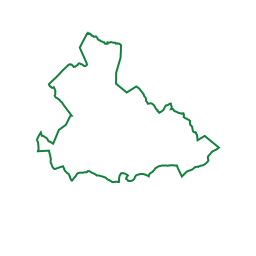 Nandi Hills, Rift Valley, Kenya, rotated 206°
{"feature_id": "3690345B43837463822996", "entity_name": "Nandi Hills", "entity_type": "district", "adm_level": 2, "iso_a3": "KEN", "parent_name": "Kenya", "parent_adm1": "Rift Valley", "projection": "orthographic", "projection_center": [35.259, 0.122], "detail": "fine", "context": "isolated", "style": "outline", "palette": "green", "viewbox_px": 256, "rotation_deg": 206, "n_neighbors": 0, "source": "geoboundaries", "source_scale": "gbopen_adm2", "svg_char_len": 5837}
<svg xmlns="http://www.w3.org/2000/svg" viewBox="0 0 256 256"><g transform="rotate(206 128 128)"><path d="M37.7,150.2L55.6,154.5L60.1,147.5L62.3,151.0L63.1,152.2L63.8,152.4L64.4,152.9L64.7,153.5L65.3,153.8L66.0,153.7L66.3,153.3L67.1,153.2L68.0,153.5L68.5,154.0L69.0,154.5L69.3,155.1L69.7,155.5L70.0,156.1L70.5,156.6L70.9,157.2L71.4,157.5L72.0,157.6L72.5,158.0L73.3,158.1L73.9,158.6L74.2,159.0L74.3,159.5L74.6,159.9L74.7,160.5L75.1,160.9L75.4,161.6L76.2,161.7L76.9,162.0L77.6,161.9L78.4,161.9L79.0,162.1L79.8,162.1L80.6,161.8L81.4,162.0L82.1,162.2L82.7,162.2L82.9,162.8L83.2,163.3L83.3,164.0L83.7,164.7L84.3,165.0L84.7,165.5L85.3,165.0L85.6,164.4L86.3,164.6L86.9,164.4L87.6,164.0L88.3,164.0L89.3,163.7L91.0,163.8L91.8,163.8L93.2,163.6L93.7,163.6L94.2,163.8L94.8,164.2L95.3,164.4L95.9,164.7L96.5,164.6L97.1,164.1L97.7,163.7L97.7,164.5L97.6,165.3L97.8,165.8L98.2,166.4L99.9,168.0L100.2,168.7L100.8,168.5L101.1,168.0L101.3,167.5L101.7,167.2L101.9,166.7L102.4,166.0L103.0,165.4L103.7,165.1L104.0,163.8L104.1,159.6L105.7,156.6L106.6,155.4L107.3,155.9L108.1,155.9L108.7,156.0L108.9,156.6L109.3,157.0L111.1,157.4L111.8,157.8L112.6,158.5L113.2,159.0L113.9,159.3L115.1,160.0L117.2,160.4L117.9,160.3L118.8,160.0L120.2,158.8L120.8,158.5L121.5,159.1L122.0,159.5L122.8,159.9L123.4,160.1L123.8,160.5L124.2,161.4L124.5,162.0L124.9,162.5L125.8,163.1L127.9,164.1L128.3,164.9L128.8,165.2L129.2,165.3L129.9,165.8L130.8,166.2L132.6,167.1L135.1,168.3L136.3,168.6L138.8,168.9L144.7,159.3L158.2,162.6L159.0,164.2L159.3,165.1L160.2,166.9L162.8,172.3L165.5,187.8L168.0,193.8L170.6,199.3L171.3,199.7L172.1,199.8L172.6,199.9L173.2,199.9L173.6,199.5L174.1,199.3L174.9,199.4L175.4,198.8L176.0,198.5L176.6,199.0L177.3,199.0L177.8,198.6L178.5,198.3L179.3,198.0L180.2,197.9L180.9,197.8L181.3,197.5L181.7,197.0L182.2,196.5L182.7,196.3L183.4,196.2L184.0,195.9L183.4,194.7L185.6,193.7L187.0,194.6L187.5,194.3L188.1,194.3L188.6,194.4L189.4,194.3L190.3,194.1L191.0,194.2L191.4,194.4L193.2,194.3L194.0,194.5L195.0,195.4L195.7,195.8L196.4,195.9L197.0,196.3L197.6,195.9L198.1,195.3L198.6,195.0L199.2,195.1L199.9,195.5L200.5,195.5L201.0,195.1L201.6,195.2L202.7,196.0L203.6,196.1L204.3,196.0L204.4,195.2L204.9,195.0L205.3,195.3L205.8,195.7L206.0,195.1L206.2,194.4L206.6,179.1L201.1,174.4L199.3,173.0L198.3,172.1L193.9,168.4L192.6,167.0L192.9,166.1L193.4,165.1L194.1,164.6L194.8,164.5L195.3,164.6L196.4,165.0L196.9,165.1L197.6,164.9L198.3,164.6L198.8,164.8L199.5,164.9L200.3,164.7L200.7,164.1L200.8,163.6L200.8,162.9L201.0,162.3L201.8,161.3L201.9,160.7L202.2,160.1L202.9,159.7L203.5,159.1L204.1,159.3L204.6,159.6L206.6,160.3L207.1,159.9L207.8,159.8L208.3,159.8L209.2,158.5L212.0,150.9L213.4,146.2L214.9,141.8L217.0,136.3L218.3,132.7L217.9,132.3L217.3,131.8L216.5,131.2L215.8,131.4L215.3,131.3L214.9,131.0L214.0,130.8L213.1,131.2L212.6,132.1L211.0,130.9L210.0,129.9L209.3,129.1L209.3,128.6L209.1,128.1L208.7,127.6L208.2,126.7L208.1,125.7L208.1,124.9L207.0,124.1L205.9,123.7L205.2,123.8L204.7,123.8L204.0,123.6L201.4,123.1L200.3,122.4L199.8,122.2L199.0,122.1L198.5,122.1L196.2,120.6L189.4,117.1L185.6,115.2L185.0,114.8L184.1,114.4L185.0,113.9L185.2,111.8L185.2,110.5L185.2,103.7L188.4,97.6L189.3,96.0L188.5,83.6L188.5,81.0L191.9,81.6L192.5,81.2L193.4,81.5L194.2,81.6L194.9,82.1L195.5,82.7L196.2,83.1L197.0,83.2L200.0,83.6L200.7,83.7L202.0,83.2L204.4,85.8L204.8,81.8L204.7,77.6L204.0,76.8L202.5,75.5L202.1,75.0L201.5,74.0L200.2,71.8L199.9,71.2L199.5,70.7L199.1,69.9L199.0,69.1L199.0,68.2L198.8,67.6L189.1,73.0L188.7,72.7L188.5,72.2L188.1,71.7L186.7,70.0L186.2,69.5L185.6,68.6L185.1,67.9L184.4,67.2L184.0,66.8L183.7,66.2L183.5,65.5L183.1,64.7L182.9,64.0L182.5,63.4L182.1,62.8L181.5,62.4L178.8,59.9L177.8,59.4L177.2,59.2L176.6,59.1L176.2,58.8L175.3,59.5L171.3,63.6L169.6,65.1L168.7,64.2L168.0,63.8L167.4,63.4L167.2,62.8L166.6,62.5L166.1,62.0L165.3,61.6L164.5,61.5L163.1,60.8L162.5,60.7L161.9,60.8L161.2,60.6L160.5,60.1L160.0,59.8L159.5,59.2L158.9,59.0L158.6,58.4L158.1,57.8L156.8,56.9L156.3,56.6L155.8,56.1L155.3,56.1L154.8,58.3L154.7,59.1L154.6,59.8L154.0,61.0L153.9,61.8L153.8,62.6L153.8,64.0L153.6,64.9L153.1,65.5L152.5,66.1L151.8,66.7L151.2,67.0L149.6,67.7L148.1,68.7L147.6,69.1L146.0,70.0L145.5,70.5L145.3,71.2L145.1,71.8L143.5,72.3L141.2,72.0L140.6,72.0L137.5,72.1L136.9,72.0L136.2,71.9L135.2,71.6L134.1,72.3L133.4,72.5L128.5,73.4L127.5,73.5L126.7,73.4L126.1,73.6L124.8,73.1L124.0,72.9L123.4,72.8L122.7,72.8L122.1,72.9L121.3,72.8L120.5,72.8L119.9,72.7L119.4,72.6L118.7,72.5L118.1,72.6L117.2,73.1L115.1,74.5L114.3,74.9L113.2,75.1L112.5,75.5L112.7,76.2L113.0,76.8L113.9,78.6L114.1,79.3L114.6,81.3L114.6,81.8L114.5,82.5L114.4,83.1L114.5,83.7L114.3,84.3L113.7,84.7L113.1,85.0L112.2,85.4L110.9,85.6L107.9,85.5L107.2,85.2L107.4,84.6L107.7,82.9L107.7,82.3L107.4,81.4L106.6,81.4L106.1,81.3L105.6,81.1L105.1,80.7L104.4,80.6L101.8,81.9L100.7,83.3L100.1,84.7L100.0,85.3L100.3,87.2L100.2,87.8L99.9,89.1L99.5,89.6L98.5,90.5L96.7,92.0L96.3,92.3L94.9,93.0L94.5,93.2L93.9,93.4L92.1,93.6L90.0,93.8L88.2,93.7L88.5,94.7L88.5,95.4L88.5,96.0L88.2,96.9L87.8,97.7L86.8,99.1L86.1,101.5L85.9,102.3L85.9,103.0L85.8,103.8L84.8,105.1L84.5,105.8L84.2,106.3L83.7,106.9L83.2,107.3L82.8,107.6L82.2,108.2L81.5,108.7L80.7,109.3L80.1,109.7L78.9,110.2L77.6,110.9L76.5,111.2L76.0,111.4L75.5,111.7L75.1,112.1L74.6,112.3L74.0,112.6L73.2,113.2L72.6,113.7L72.0,113.9L71.3,114.1L70.5,114.5L69.7,114.7L68.3,115.4L67.6,115.7L66.0,114.1L58.3,108.0L56.1,114.6L52.1,118.8L51.8,119.4L51.4,120.3L51.1,121.0L50.6,122.1L50.1,122.7L48.8,123.5L48.2,123.8L47.7,123.9L47.5,124.5L47.0,125.1L46.3,125.8L45.1,126.7L44.6,127.1L43.9,127.9L42.9,129.4L42.4,130.5L41.6,132.7L41.6,133.8L41.6,134.3L42.1,134.8L42.6,135.4L43.5,136.9L43.5,137.8L43.4,138.6L42.7,140.6L42.3,142.7L42.1,143.4L41.7,144.1L41.2,144.7L40.3,146.0L39.8,146.4L39.5,146.9L38.7,148.1L38.4,148.7L38.0,149.4L37.7,150.2Z" fill="none" stroke="#15803d" stroke-width="2"/></g></svg>